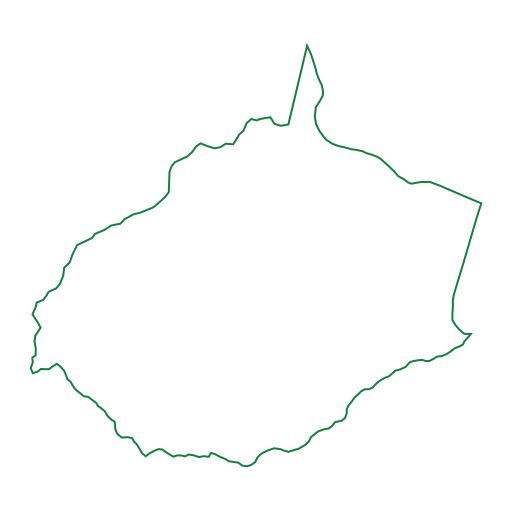 outline of Rio da Conceição, Tocantins, Brazil
{"feature_id": "56859067B79887168793854", "entity_name": "Rio da Conceição", "entity_type": "district", "adm_level": 2, "iso_a3": "BRA", "parent_name": "Brazil", "parent_adm1": "Tocantins", "projection": "albers", "projection_center": [-46.742, -11.308], "detail": "fine", "context": "isolated", "style": "outline", "palette": "green", "viewbox_px": 512, "rotation_deg": 0, "n_neighbors": 0, "source": "geoboundaries", "source_scale": "gbopen_adm2", "svg_char_len": 2974}
<svg xmlns="http://www.w3.org/2000/svg" viewBox="0 0 512 512"><path d="M35.6,307.4L32.5,314.2L34.4,317.4L37.5,322.0L40.6,327.7L38.6,330.7L35.4,335.5L34.5,340.9L35.8,348.6L35.6,355.2L32.3,357.8L32.8,362.3L30.7,368.1L32.8,373.1L37.1,371.9L41.1,368.9L45.2,369.2L49.0,369.2L52.8,366.3L56.8,363.8L60.1,366.3L64.1,370.7L66.0,375.1L67.4,379.2L70.4,381.5L72.2,384.6L74.3,388.0L77.3,391.0L80.2,393.2L83.9,396.3L88.3,396.9L92.6,400.2L96.0,402.7L98.1,406.0L101.1,408.2L104.6,411.1L107.9,416.3L111.6,419.8L114.7,421.7L115.1,425.2L115.3,429.2L117.3,433.9L121.6,437.5L127.9,437.2L132.1,438.1L134.1,441.6L136.6,444.1L139.0,447.9L142.1,453.3L145.7,456.2L150.0,453.1L154.7,450.6L158.6,449.1L162.3,449.5L165.6,451.9L169.8,454.6L173.4,456.6L177.3,455.4L181.5,455.5L185.0,456.4L188.7,454.5L193.9,455.4L198.9,457.1L204.0,456.2L208.7,456.8L210.8,453.0L214.7,454.0L220.4,457.0L225.6,459.1L228.7,461.2L233.9,462.0L238.1,462.6L242.5,465.7L247.6,466.2L251.4,464.8L255.2,462.1L257.2,457.9L259.8,455.0L263.3,452.5L267.4,450.6L274.0,448.3L280.4,449.1L284.0,450.6L288.5,451.8L294.2,450.0L298.7,448.8L301.9,446.9L305.7,444.6L309.2,441.1L310.8,437.3L314.6,434.1L318.3,431.4L323.0,429.6L329.1,428.3L332.3,425.7L335.1,422.1L341.5,420.8L345.0,418.0L346.8,412.8L346.8,408.8L348.5,405.6L351.9,401.3L355.1,396.9L358.0,394.5L361.4,391.1L365.0,389.2L368.6,389.2L372.5,387.8L375.9,384.0L379.8,380.7L384.5,378.0L389.1,376.2L392.3,373.4L395.3,370.7L400.2,369.4L405.7,366.9L409.7,362.3L413.1,361.1L417.8,360.3L422.3,359.9L425.9,361.1L429.5,361.0L432.7,359.2L437.6,356.5L441.6,356.1L446.1,354.4L450.7,351.4L454.6,348.4L459.0,346.6L462.9,344.6L464.6,341.1L467.7,337.8L470.9,334.0L464.3,333.8L459.2,329.5L455.5,325.1L452.4,320.1L452.4,314.3L452.7,309.5L452.9,305.2L452.8,301.0L453.6,295.6L455.6,288.7L457.2,283.5L458.6,278.9L460.1,274.0L461.8,268.1L463.4,263.1L473.4,229.0L475.2,222.9L477.7,214.6L479.1,210.3L481.3,203.3L474.7,200.6L469.8,198.5L460.2,194.4L450.8,190.4L440.4,185.9L429.6,181.8L425.1,182.0L420.7,182.0L416.4,182.8L411.3,183.7L408.1,182.4L403.9,179.3L398.3,176.2L394.3,171.6L387.9,165.3L380.5,158.7L376.9,156.7L372.2,154.8L366.4,153.1L362.4,151.2L355.4,149.7L351.7,149.3L344.3,147.3L338.4,146.0L332.2,143.7L325.9,139.5L319.7,131.4L316.1,124.4L314.8,116.6L315.9,107.1L319.7,101.3L322.7,95.8L323.1,91.3L321.6,84.6L319.5,80.6L317.2,74.9L315.0,66.5L310.8,53.6L307.1,45.8L288.4,124.4L280.8,125.8L274.4,123.8L270.4,117.3L265.0,118.1L260.2,119.0L256.6,120.4L251.3,119.0L246.6,123.2L243.4,130.8L239.4,134.3L233.2,144.3L225.8,143.7L220.4,147.2L214.3,148.3L207.7,146.2L200.5,143.4L196.0,146.6L192.4,151.8L187.7,156.2L175.0,162.2L171.7,166.0L169.5,172.0L168.8,192.1L165.4,196.6L162.2,199.7L155.6,205.5L152.5,207.7L140.5,212.6L133.3,214.4L124.7,219.2L120.3,223.7L115.6,224.6L111.3,225.5L104.2,230.0L99.3,232.1L95.0,234.0L92.1,237.9L77.2,245.1L72.6,254.2L69.7,262.4L64.2,267.7L63.2,275.7L59.9,283.9L56.0,288.5L48.6,291.8L46.3,295.9L43.1,299.9L36.7,302.6L35.6,307.4Z" fill="none" stroke="#15803d" stroke-width="2"/></svg>